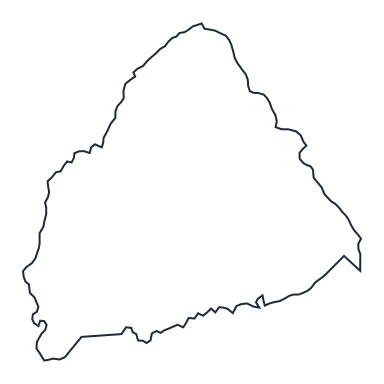 the district of Vitor Meireles, Santa Catarina, Brazil
{"feature_id": "56859067B65330476099090", "entity_name": "Vitor Meireles", "entity_type": "district", "adm_level": 2, "iso_a3": "BRA", "parent_name": "Brazil", "parent_adm1": "Santa Catarina", "projection": "robinson", "projection_center": [-49.846, -26.816], "detail": "fine", "context": "isolated", "style": "outline", "palette": "slate", "viewbox_px": 384, "rotation_deg": 0, "n_neighbors": 0, "source": "geoboundaries", "source_scale": "gbopen_adm2", "svg_char_len": 2415}
<svg xmlns="http://www.w3.org/2000/svg" viewBox="0 0 384 384"><path d="M201.7,23.5L197.5,24.9L192.8,26.4L188.6,29.7L184.5,32.2L179.5,33.0L176.3,36.6L172.4,37.9L168.4,41.6L165.0,46.1L160.3,48.9L155.9,53.4L151.1,57.4L147.1,61.1L143.1,65.9L137.2,69.0L133.4,72.5L135.2,76.5L131.0,79.3L125.2,84.0L123.4,91.3L123.8,97.9L121.3,101.9L117.6,105.9L115.5,110.9L115.3,117.9L110.7,123.6L107.4,130.9L103.6,137.9L103.2,142.6L101.8,147.4L94.9,144.3L91.1,147.4L89.7,153.0L83.9,151.1L79.2,151.3L74.4,153.2L74.0,157.7L71.6,162.4L67.0,161.5L63.5,166.2L60.7,171.3L55.9,172.3L51.7,177.5L47.6,181.3L48.2,186.9L49.1,192.1L48.0,197.1L45.1,202.4L46.2,207.8L46.2,214.2L44.6,220.3L43.4,226.7L39.6,233.2L39.6,238.9L39.6,243.7L38.8,248.1L37.0,253.3L35.4,258.3L31.7,263.4L26.7,266.7L23.0,271.2L23.7,276.9L25.5,281.6L28.9,284.4L29.9,292.9L34.6,297.6L36.5,302.5L38.4,307.0L36.8,311.9L32.9,314.3L32.2,319.0L34.0,323.0L38.4,326.1L40.2,320.7L44.2,321.1L46.6,324.9L45.3,329.8L41.4,333.9L36.9,342.0L36.4,348.5L39.6,353.0L44.2,360.5L48.1,359.9L53.1,358.6L59.3,359.5L64.7,357.4L81.5,336.9L121.4,334.1L126.1,327.3L131.2,327.9L132.8,332.2L136.2,334.1L138.1,340.5L142.8,340.7L146.5,343.0L150.5,340.4L151.9,333.4L156.6,331.0L160.6,332.9L164.0,330.5L170.1,328.0L177.5,324.7L183.2,327.3L186.1,323.0L188.6,318.0L194.5,318.5L198.1,313.3L203.1,315.7L206.9,312.6L211.1,308.5L215.3,312.4L219.2,307.2L223.3,307.6L227.6,308.8L232.8,313.1L236.5,306.0L241.7,304.0L247.2,303.5L253.8,306.7L259.3,307.6L256.0,302.3L258.0,298.6L262.5,295.4L263.5,300.7L264.9,305.6L268.9,303.7L273.4,302.3L279.7,301.1L285.4,298.1L289.6,295.7L293.7,294.5L298.7,294.5L303.0,292.9L307.5,290.8L311.0,288.1L315.0,282.7L318.7,279.9L322.5,277.1L326.3,273.8L344.0,255.9L360.2,270.8L360.3,254.1L358.4,249.0L358.3,243.9L361.0,238.7L357.5,234.0L354.5,230.8L351.3,225.5L348.5,219.4L345.3,214.9L342.4,212.1L339.8,208.6L335.4,203.9L331.4,201.5L328.6,198.7L324.5,194.2L321.5,187.2L317.8,182.7L313.7,177.9L312.9,169.5L310.4,166.2L306.8,165.1L303.4,163.1L299.7,158.8L299.5,153.0L302.9,148.8L306.4,145.7L303.4,141.7L300.8,135.4L295.9,131.3L288.3,129.3L281.3,129.2L275.6,127.1L276.8,121.4L275.5,115.4L271.8,108.7L269.7,102.7L267.1,98.2L263.7,94.6L258.3,93.0L253.3,92.8L249.8,91.1L248.2,86.1L247.8,79.8L245.8,74.3L242.3,69.9L239.9,66.5L237.5,63.3L234.7,57.8L233.1,51.0L231.3,44.7L229.1,39.9L225.9,35.8L220.4,33.2L215.0,30.6L208.8,29.4L204.4,28.7L201.7,23.5Z" fill="none" stroke="#1e293b" stroke-width="2"/></svg>